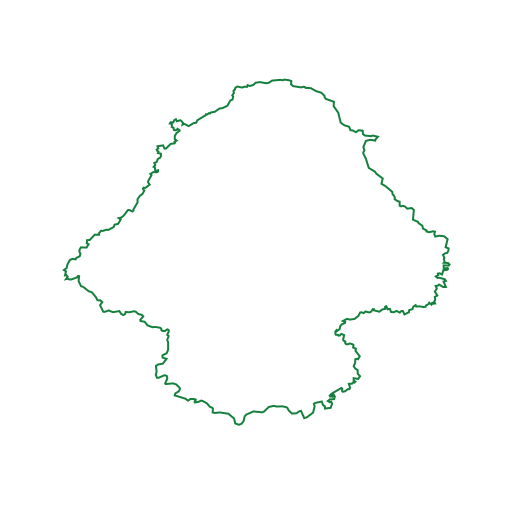 the district of Niquelândia, Goiás, Brazil, rotated 256°
{"feature_id": "56859067B74347687332903", "entity_name": "Niquelândia", "entity_type": "district", "adm_level": 2, "iso_a3": "BRA", "parent_name": "Brazil", "parent_adm1": "Goiás", "projection": "equal_earth", "projection_center": [-48.44, -14.478], "detail": "fine", "context": "isolated", "style": "outline", "palette": "green", "viewbox_px": 512, "rotation_deg": 256, "n_neighbors": 0, "source": "geoboundaries", "source_scale": "gbopen_adm2", "svg_char_len": 6098}
<svg xmlns="http://www.w3.org/2000/svg" viewBox="0 0 512 512"><g transform="rotate(256 256 256)"><path d="M422.3,313.9L421.0,310.5L421.1,307.9L423.8,301.8L424.2,297.6L422.6,294.8L422.4,291.1L423.8,289.2L422.3,288.2L423.1,285.6L422.8,283.3L425.0,278.8L424.0,276.4L422.8,276.0L421.7,274.1L419.6,274.0L417.5,271.8L416.3,272.4L413.4,271.0L413.1,268.7L408.7,264.6L407.6,259.2L407.9,256.2L405.9,250.8L406.2,246.8L405.4,245.8L406.0,244.8L405.1,242.9L405.6,241.7L404.8,241.2L401.9,231.9L399.8,230.2L400.0,227.4L398.3,222.1L401.6,218.3L401.2,216.5L402.7,217.4L405.3,216.1L406.0,215.5L405.9,211.8L408.1,211.4L407.7,209.7L405.7,208.2L406.4,205.5L405.4,204.5L404.7,206.3L401.6,205.5L400.5,206.9L398.1,206.9L397.5,208.0L397.5,209.7L398.4,210.6L396.7,212.2L395.9,212.1L394.5,208.6L392.2,206.3L389.0,205.4L387.2,206.9L386.6,204.6L385.5,204.9L385.0,204.0L385.4,200.4L382.1,194.7L382.3,193.2L385.8,192.6L386.3,187.0L384.0,187.2L383.3,185.4L381.9,185.6L380.9,186.6L379.6,185.7L378.3,188.5L375.6,187.8L374.6,186.7L373.8,184.1L371.3,182.4L370.8,179.8L368.7,180.3L367.3,178.3L366.6,179.3L363.8,178.9L362.8,180.0L362.9,181.6L361.6,181.3L361.2,180.0L362.3,176.7L361.1,173.3L359.6,174.1L354.9,169.6L353.5,169.1L351.0,170.1L348.8,165.1L349.5,163.4L348.4,162.5L346.6,163.5L343.5,160.7L342.7,158.2L339.8,154.8L336.6,154.0L330.8,148.3L329.6,148.0L329.1,146.8L331.4,144.0L331.5,142.8L327.1,137.3L325.9,134.6L325.9,132.0L324.2,133.5L320.6,130.1L320.6,126.3L318.5,124.9L317.0,118.9L317.7,117.5L317.4,113.2L318.0,111.9L315.9,108.9L314.6,108.8L315.7,104.7L311.8,98.6L312.2,95.9L309.3,94.9L307.9,96.4L305.2,93.6L306.7,88.1L304.6,86.2L302.8,85.7L300.7,86.2L298.4,84.9L297.6,81.2L296.4,80.1L297.6,77.4L297.2,74.5L293.1,70.8L290.2,69.4L288.8,66.2L287.1,67.9L283.4,66.0L283.4,67.4L281.4,68.2L279.5,66.0L279.4,68.2L278.4,69.1L277.9,71.0L278.5,77.2L279.7,78.4L279.3,79.5L274.6,77.8L269.1,78.9L267.8,80.9L262.3,85.1L260.5,88.0L254.3,90.9L251.8,91.3L251.1,92.2L250.8,94.0L248.5,95.7L246.0,92.8L238.9,94.3L238.4,95.7L238.8,99.9L236.1,103.6L235.6,110.1L232.4,111.2L230.8,113.0L231.4,115.0L233.2,116.0L232.1,119.4L231.9,124.2L231.1,125.8L228.0,127.9L227.0,130.3L225.6,131.6L224.7,132.0L222.1,128.3L220.9,128.2L219.1,132.1L215.0,133.9L211.9,138.4L211.5,141.2L209.6,145.6L208.5,146.4L206.6,146.3L205.9,147.3L205.3,149.7L206.3,152.1L205.5,153.2L204.2,153.3L201.0,150.8L199.4,151.9L196.2,149.6L193.3,149.8L186.4,148.1L183.2,145.7L182.4,141.5L181.5,140.9L180.0,140.8L177.8,144.3L174.1,139.5L174.4,134.6L173.5,132.3L167.9,131.6L164.8,130.0L161.8,130.5L161.4,131.9L162.4,138.2L161.9,139.6L161.1,140.4L158.5,140.3L154.5,137.1L153.6,137.3L152.5,144.6L150.8,147.4L147.2,149.7L146.0,150.2L144.5,149.4L143.4,148.4L142.2,144.5L140.4,143.4L134.7,152.9L132.1,155.1L133.2,158.0L131.7,162.4L131.0,162.8L129.7,161.3L128.7,161.2L128.4,164.9L129.0,167.9L127.7,169.8L124.7,172.9L120.9,174.7L119.3,176.9L118.4,177.3L114.7,176.1L113.6,178.2L113.0,182.9L109.6,191.1L103.6,195.4L98.5,195.4L96.4,198.6L96.7,201.3L98.8,204.0L103.1,206.2L104.4,208.0L105.8,216.0L102.8,224.1L103.1,226.1L106.4,231.9L106.3,236.9L104.9,239.8L103.8,245.1L102.1,248.6L101.1,249.7L98.4,250.3L94.4,252.8L93.6,257.2L94.9,260.7L94.8,262.2L87.0,263.6L87.2,266.3L90.2,273.5L95.9,276.5L98.5,276.4L99.1,277.9L98.9,284.6L95.0,285.0L93.5,286.5L91.3,286.0L90.6,291.7L94.3,294.1L96.4,293.7L96.3,292.2L97.9,290.6L99.0,293.0L98.2,297.2L100.6,298.5L103.0,297.7L102.6,296.7L101.3,297.2L100.9,295.9L101.6,295.1L101.7,293.9L102.6,293.7L104.1,296.0L107.3,306.9L106.5,307.6L104.2,306.9L103.2,307.5L103.2,309.7L104.6,313.0L104.2,314.4L105.3,315.4L109.5,315.2L108.9,318.3L109.7,319.4L109.3,320.9L110.0,322.0L111.5,320.6L113.8,321.2L112.0,325.4L114.2,327.9L117.0,326.2L120.8,327.0L122.7,325.1L125.4,324.1L128.2,326.3L131.8,327.4L131.8,329.4L131.2,330.1L133.6,332.4L139.9,329.6L141.9,330.5L143.7,328.1L146.1,329.1L147.1,328.2L148.4,325.9L148.1,323.6L148.8,322.0L150.0,321.5L151.5,322.0L152.6,320.5L153.8,320.3L157.9,322.4L159.8,319.9L158.6,318.1L158.7,316.8L159.6,316.5L160.3,314.4L161.2,314.2L163.6,314.8L164.5,316.2L163.6,316.3L164.8,319.4L167.7,320.9L168.9,322.6L169.5,326.1L170.5,326.6L171.9,324.6L173.0,329.2L171.6,331.6L171.1,336.4L173.0,340.7L176.0,343.4L175.9,344.7L174.5,346.7L175.7,348.8L173.8,352.3L174.0,354.0L176.2,356.6L175.8,357.5L174.9,357.0L172.1,362.2L173.6,365.6L173.5,368.6L175.5,369.0L175.8,370.2L172.4,370.9L172.3,373.1L169.0,373.5L168.1,376.1L168.7,379.0L166.3,381.8L167.5,383.9L166.9,385.3L163.4,385.9L164.4,390.8L166.4,391.5L166.6,394.9L168.8,396.5L169.7,399.0L168.2,399.3L167.6,402.5L166.0,406.0L165.7,408.2L166.9,409.1L167.5,411.7L168.8,412.8L166.4,414.5L167.8,415.5L167.9,417.0L166.8,416.7L166.6,418.3L168.7,418.0L170.2,419.4L173.0,419.5L173.8,422.4L178.2,420.9L180.6,423.5L183.5,423.1L183.2,425.1L184.0,426.7L180.6,430.1L180.0,432.7L185.9,431.9L185.9,434.2L187.8,433.6L190.7,428.2L190.8,426.8L192.7,425.5L193.4,428.2L194.9,428.2L194.8,430.0L193.0,432.0L196.8,434.3L196.3,438.0L196.9,439.2L198.0,439.0L198.4,435.1L201.5,435.8L200.1,440.8L200.9,441.7L202.7,440.7L204.0,436.7L204.5,437.6L207.7,437.5L208.6,438.4L211.9,437.7L212.8,440.1L212.8,442.3L214.5,443.9L216.8,444.7L218.6,442.1L226.0,446.0L229.7,443.2L231.3,438.8L231.5,434.7L234.2,434.3L236.3,435.5L237.1,434.1L237.2,429.6L238.6,427.3L239.5,427.7L242.2,424.7L245.2,424.7L248.6,421.6L249.9,421.5L253.3,417.1L262.5,420.3L264.9,418.6L265.3,414.2L267.9,412.6L269.1,410.8L269.1,408.7L270.0,407.6L274.0,408.5L275.1,406.5L277.6,404.3L279.0,404.8L281.7,404.3L282.6,403.5L285.3,403.7L292.4,398.6L295.7,395.2L300.6,397.7L306.7,392.7L308.9,391.9L314.3,386.7L323.6,386.2L328.9,385.0L330.3,385.0L332.4,386.8L335.7,386.5L341.1,390.5L341.1,395.1L339.1,399.6L340.0,399.9L342.2,403.1L344.6,398.5L344.5,396.4L346.6,390.7L348.3,389.3L351.8,389.8L353.2,385.9L351.9,383.0L354.4,380.2L355.2,378.1L358.9,377.6L361.4,373.4L363.2,371.8L365.1,370.4L375.0,370.5L382.6,367.6L386.8,368.9L391.5,361.8L393.4,361.0L394.9,361.2L398.6,358.9L401.5,354.1L405.6,349.8L407.2,344.6L408.2,344.3L408.7,342.9L408.7,340.5L411.9,333.0L414.2,331.5L417.1,332.6L418.5,330.7L420.3,326.2L420.0,324.7L421.1,322.0L422.3,313.9Z" fill="none" stroke="#15803d" stroke-width="2"/></g></svg>